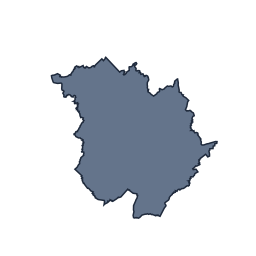 outline of Mueang Ratchaburi, Ratchaburi, Thailand, rotated 51°
{"feature_id": "78962969B80351946153843", "entity_name": "Mueang Ratchaburi", "entity_type": "district", "adm_level": 2, "iso_a3": "THA", "parent_name": "Thailand", "parent_adm1": "Ratchaburi", "projection": "equal_earth", "projection_center": [99.739, 13.545], "detail": "fine", "context": "isolated", "style": "filled", "palette": "slate", "viewbox_px": 256, "rotation_deg": 51, "n_neighbors": 0, "source": "geoboundaries", "source_scale": "gbopen_adm2", "svg_char_len": 5809}
<svg xmlns="http://www.w3.org/2000/svg" viewBox="0 0 256 256"><g transform="rotate(51 128 128)"><path d="M216.8,158.7L213.1,150.3L212.4,147.5L211.8,147.1L210.1,147.0L209.3,146.3L209.5,141.8L208.9,140.5L208.0,139.6L207.5,137.5L207.5,135.5L206.8,134.5L207.4,133.5L206.7,132.7L207.7,131.7L207.4,131.0L206.6,130.6L208.0,129.7L207.5,128.7L207.4,127.6L207.9,126.7L208.8,126.7L208.9,124.3L209.7,123.4L210.1,121.5L209.9,119.9L210.2,119.4L210.0,118.9L210.5,117.8L211.0,117.7L211.1,116.5L210.1,115.5L209.8,114.6L209.4,114.5L208.8,115.1L208.3,114.6L208.0,113.7L207.2,114.2L207.5,113.5L207.3,112.4L206.7,111.8L206.7,111.1L206.1,111.4L206.0,110.4L205.4,110.1L205.8,109.3L206.4,108.9L206.9,108.0L206.4,106.8L206.5,106.2L205.5,104.6L206.1,101.3L202.8,101.1L201.4,103.5L200.4,103.3L200.5,102.4L200.2,99.3L200.4,99.3L201.0,98.1L201.3,96.2L201.6,95.6L201.4,94.9L199.9,95.4L200.0,94.2L198.2,93.8L198.0,92.7L197.4,92.8L197.5,91.1L197.1,90.9L197.2,89.7L197.3,84.2L200.7,84.2L201.1,82.3L199.5,81.0L197.0,79.7L196.4,78.6L196.6,78.3L195.6,77.4L197.5,74.9L195.7,73.2L196.4,71.8L194.9,70.5L195.8,68.7L194.6,67.4L193.6,68.5L191.2,74.1L191.0,74.9L190.0,76.6L188.9,79.7L187.8,81.2L186.4,81.3L185.0,79.8L182.7,79.1L182.5,78.3L177.1,78.2L176.9,77.4L175.7,77.0L174.4,77.8L173.8,79.1L172.3,79.0L171.6,78.5L171.3,79.2L170.3,79.5L169.6,80.4L169.6,79.4L167.1,79.4L167.0,78.6L165.6,78.3L165.7,77.0L164.3,76.7L164.6,75.6L163.8,75.3L164.1,73.9L163.6,73.7L163.5,74.3L162.5,74.2L162.7,73.3L162.3,73.2L162.3,72.6L161.1,72.5L160.1,71.0L159.8,70.1L160.2,69.0L160.0,68.7L157.4,67.7L155.4,68.4L154.5,68.3L154.0,68.7L153.3,68.7L152.5,70.7L152.0,70.9L151.6,71.7L149.9,71.8L148.3,68.8L145.2,65.2L144.8,63.5L140.8,64.0L138.2,65.1L137.5,65.0L137.1,64.2L136.0,65.1L133.8,64.4L132.7,65.5L132.1,65.6L130.7,64.3L126.2,62.0L124.6,60.5L121.1,58.6L120.9,59.1L121.0,62.3L121.7,62.7L121.8,63.2L122.7,63.6L122.8,64.9L124.2,66.6L123.9,67.8L122.4,68.1L121.1,70.4L120.1,71.0L120.1,74.2L120.4,75.5L119.7,77.4L117.3,78.5L117.4,79.1L119.0,80.0L119.4,80.6L119.3,81.7L118.9,82.7L119.5,84.1L119.3,88.0L116.2,88.9L114.8,88.9L112.5,89.7L111.3,88.1L111.1,88.8L110.4,88.1L108.9,87.7L107.6,86.4L106.8,86.1L104.7,84.2L103.7,81.6L101.2,80.3L101.0,80.5L99.9,80.1L98.7,80.6L98.0,81.9L98.6,82.1L98.3,83.0L95.3,82.3L94.4,84.2L93.0,83.4L92.0,84.5L91.4,83.0L90.7,83.0L89.6,84.1L89.4,85.1L88.4,85.7L86.7,84.2L84.7,84.2L83.0,83.5L83.0,83.2L83.8,82.7L83.9,82.0L83.5,80.7L82.3,80.5L81.9,81.1L81.6,84.1L82.3,84.5L82.5,86.5L82.3,87.2L81.4,88.2L81.3,88.8L84.0,90.8L83.7,93.7L84.3,94.9L84.5,96.8L84.1,97.8L83.5,97.8L83.5,96.9L82.6,96.4L82.4,95.1L81.3,95.3L80.7,94.9L79.3,97.2L79.3,99.3L59.0,100.8L59.1,101.4L59.6,101.6L60.2,104.7L57.8,104.8L58.5,113.3L58.9,115.0L59.4,115.5L59.2,115.8L58.2,115.4L57.8,115.8L57.4,117.5L57.6,118.7L56.7,120.6L54.1,121.5L54.5,123.1L53.9,123.1L53.8,124.1L52.8,124.2L51.2,123.6L50.2,128.0L49.2,127.6L48.8,128.7L47.5,128.7L47.2,130.6L47.4,131.1L47.8,131.3L47.8,131.6L48.2,131.5L48.3,132.8L48.6,132.8L48.5,133.6L49.5,135.4L49.4,136.2L50.3,138.4L50.2,138.6L50.9,139.2L49.8,140.0L49.8,142.5L48.1,145.7L46.7,147.2L46.6,147.8L45.5,147.8L45.3,148.6L44.9,148.6L44.3,147.4L41.4,148.6L40.5,151.9L39.4,153.7L39.2,154.6L41.1,155.7L45.1,157.2L46.1,157.1L49.1,154.6L50.9,151.8L51.7,151.5L52.8,152.1L56.0,155.0L57.5,155.4L58.2,154.6L59.1,154.6L59.5,155.2L59.9,156.7L62.0,157.0L63.3,158.2L64.2,157.7L64.9,156.8L64.5,156.6L64.6,155.8L64.1,155.3L64.3,154.3L64.7,154.2L64.5,153.6L64.6,153.0L66.0,152.1L66.7,152.3L67.5,151.9L68.0,152.2L68.7,151.8L69.3,151.2L68.9,151.0L68.8,149.3L69.9,148.7L70.4,149.2L71.2,149.2L71.2,150.3L72.4,150.9L73.2,152.5L73.0,153.4L73.4,153.0L73.9,152.9L74.2,153.3L74.6,152.9L75.1,153.3L75.2,154.0L75.7,154.0L76.6,151.2L77.3,151.6L77.7,152.4L78.1,151.8L78.5,152.8L79.2,153.0L79.2,153.6L80.0,153.7L79.9,154.7L80.4,154.7L79.9,155.8L80.2,156.2L81.5,155.6L81.6,156.2L82.2,155.7L83.1,156.4L84.3,155.5L84.6,156.3L86.4,156.4L88.6,157.7L89.6,157.8L90.1,158.2L90.6,157.3L92.1,156.4L92.8,157.7L94.5,157.6L94.7,158.8L95.3,159.3L95.0,160.3L95.4,161.6L95.9,162.4L96.3,164.1L96.9,164.4L97.4,166.4L98.2,167.5L98.2,168.9L99.0,169.5L98.1,170.8L98.3,171.4L98.9,172.0L98.6,173.7L99.2,174.1L100.0,173.5L101.8,173.9L104.6,172.7L105.6,171.4L106.8,171.4L107.5,170.8L108.3,170.9L108.9,170.4L109.2,170.7L109.1,171.2L109.5,170.9L110.2,171.4L111.0,171.3L111.3,172.4L111.8,172.0L112.3,173.1L113.0,173.6L112.6,174.0L112.7,174.7L113.8,174.9L115.2,176.1L115.5,177.1L116.1,176.8L116.9,177.8L117.3,179.0L117.6,179.0L117.7,178.2L118.4,178.2L118.8,177.6L119.9,178.2L120.8,179.5L121.3,179.6L121.4,183.3L122.0,183.9L122.4,185.1L123.3,185.7L123.4,186.5L123.7,187.1L124.7,187.5L125.3,188.1L125.3,189.3L126.5,192.3L126.6,195.2L136.1,193.9L136.2,194.8L138.2,194.7L138.0,195.8L139.9,196.0L140.0,196.6L142.7,197.4L142.8,197.0L143.4,196.9L143.5,197.2L145.9,197.3L149.4,197.4L149.8,196.7L151.8,196.4L153.2,196.6L155.8,195.3L156.2,196.9L157.7,196.2L157.9,197.2L160.0,196.6L160.1,196.9L161.6,196.9L161.7,197.3L164.8,196.2L169.3,192.1L170.5,192.6L172.6,195.0L172.5,193.6L173.1,191.0L172.9,190.2L172.6,190.0L173.1,189.9L173.1,189.5L173.0,188.7L172.7,188.4L172.9,187.6L172.6,187.2L173.1,187.2L173.1,186.8L174.0,186.3L174.2,186.7L174.6,186.6L174.9,186.4L174.9,185.9L175.4,185.9L175.9,181.4L175.7,179.2L176.2,179.2L177.1,176.9L175.4,166.7L176.4,166.8L176.4,166.4L177.1,165.8L177.8,166.1L181.9,165.1L184.7,162.5L185.7,163.3L186.4,162.9L188.2,165.2L188.8,166.9L189.7,168.4L191.8,172.5L195.1,175.3L196.7,176.0L199.1,179.0L201.2,180.1L202.3,179.3L202.5,178.4L203.0,178.1L203.1,177.7L203.4,177.7L203.6,177.2L204.2,177.0L204.7,176.5L204.9,175.1L204.5,171.9L205.7,169.0L206.6,167.8L206.8,166.9L208.1,166.3L208.7,164.6L209.7,164.4L210.4,163.9L210.4,163.5L213.1,162.0L213.3,161.4L213.7,161.5L213.8,160.7L214.3,160.5L214.2,160.1L214.5,159.6L214.7,159.8L216.8,158.7Z" fill="#64748b" stroke="#1e293b" stroke-width="1.5"/></g></svg>